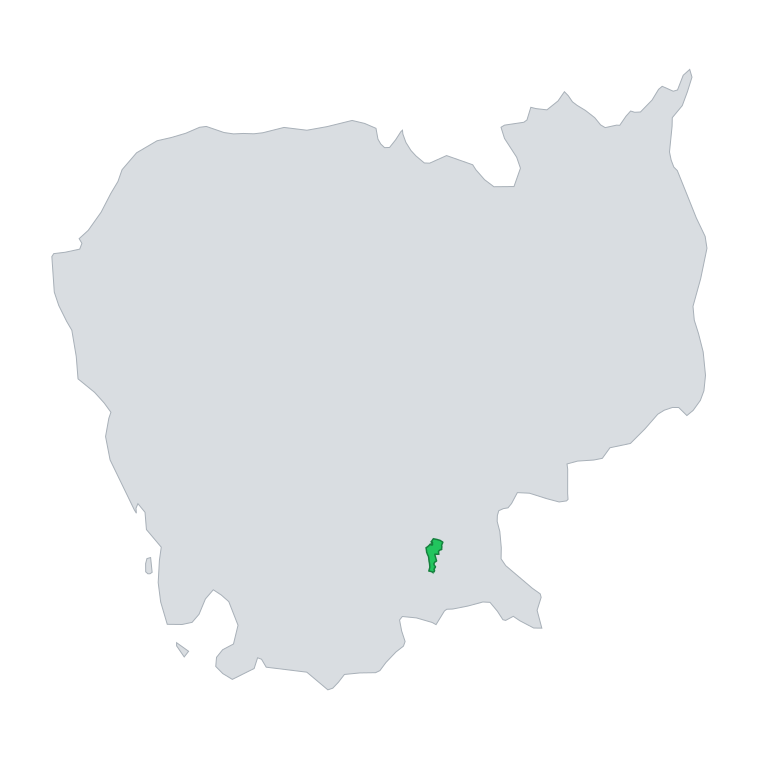 Peam Ro, Prey Vêng, Cambodia shown in context, rotated 358°
{"feature_id": "14789045B10752799877994", "entity_name": "Peam Ro", "entity_type": "district", "adm_level": 2, "iso_a3": "KHM", "parent_name": "Cambodia", "parent_adm1": "Prey Vêng", "projection": "robinson", "projection_center": [105.314, 11.334], "detail": "fine", "context": "in_parent", "style": "filled", "palette": "green", "viewbox_px": 768, "rotation_deg": 358, "n_neighbors": 0, "source": "geoboundaries", "source_scale": "gbopen_adm2", "svg_char_len": 5782}
<svg xmlns="http://www.w3.org/2000/svg" viewBox="0 0 768 768"><g transform="rotate(358 384 384)"><path d="M700.5,80.3L702.5,88.1L697.3,102.8L691.8,116.2L681.4,127.9L680.9,136.5L677.4,162.1L678.8,170.3L681.2,177.3L684.6,181.0L693.7,206.1L701.9,228.9L710.1,247.7L711.5,259.6L704.2,289.6L695.5,317.2L696.3,331.0L700.1,344.7L704.1,363.1L705.6,386.6L703.5,401.9L699.6,411.4L692.1,421.1L685.6,426.1L677.7,417.8L671.4,417.5L663.1,420.0L656.5,423.8L643.1,438.1L628.2,452.0L607.6,455.6L599.6,465.9L591.0,467.3L574.7,467.8L564.1,470.3L564.6,475.5L563.7,500.0L563.9,505.7L562.3,507.2L554.9,508.0L542.4,504.2L525.5,498.2L513.5,497.2L507.3,507.9L503.6,512.1L499.0,512.7L494.3,514.6L492.7,519.4L492.3,525.3L494.6,535.5L495.5,551.8L494.9,562.8L499.3,569.8L525.1,593.3L532.8,599.2L533.6,602.7L529.1,615.5L533.2,633.5L525.1,633.1L511.6,625.4L505.1,620.7L497.3,624.5L494.6,623.7L489.3,614.9L482.3,605.9L475.2,605.3L460.2,608.8L444.8,611.3L438.9,611.3L436.5,612.9L427.6,626.3L423.8,624.0L408.3,618.9L394.2,617.0L391.3,620.4L393.0,631.4L396.1,642.1L394.3,646.6L386.5,652.3L376.2,662.4L369.9,670.3L365.5,672.2L349.9,671.9L334.3,672.9L328.1,680.4L322.2,686.2L317.2,687.7L296.8,669.3L256.4,662.9L252.0,654.8L248.1,653.2L244.3,663.8L222.1,673.9L212.8,667.8L206.0,660.4L207.1,651.3L213.5,643.9L224.5,638.6L229.7,620.0L221.3,596.1L214.0,589.2L206.2,583.7L198.0,592.6L191.1,607.7L183.9,615.5L173.8,617.3L159.0,616.6L153.2,594.0L151.4,574.6L153.4,552.4L155.7,539.3L141.5,521.2L140.7,503.9L133.9,495.0L131.8,499.5L132.0,504.5L130.0,500.9L107.6,450.3L103.9,426.8L107.8,408.7L110.1,402.7L103.6,393.1L94.5,382.3L78.4,368.2L77.4,345.8L73.9,319.4L69.1,310.5L61.7,294.2L57.7,280.7L56.5,245.1L58.5,242.2L70.0,241.2L84.6,238.6L87.0,232.9L84.4,228.1L93.8,220.1L107.3,202.4L117.7,183.9L125.2,172.3L129.7,160.7L144.8,144.3L165.7,133.0L179.8,130.3L194.6,126.5L208.7,121.0L215.4,120.4L232.9,127.1L242.4,128.8L252.3,128.7L262.6,129.4L271.6,128.7L293.0,124.1L315.8,127.7L336.1,124.8L361.3,119.5L373.7,122.9L384.9,128.2L386.5,139.1L389.1,144.0L392.8,147.8L397.8,147.8L404.2,140.3L409.6,132.5L411.3,131.0L411.6,134.9L414.3,143.3L419.1,151.6L423.9,157.2L432.0,164.5L437.3,164.9L454.5,157.9L480.3,168.0L483.3,173.1L491.6,183.3L500.7,190.7L520.8,191.2L527.9,173.1L524.5,162.0L513.0,142.8L509.9,131.5L513.5,129.5L532.9,127.3L536.1,125.1L540.4,112.6L545.6,114.1L556.4,115.7L567.8,107.2L574.5,98.2L578.2,102.3L582.2,108.6L586.6,112.2L594.8,117.6L603.9,125.2L609.5,132.6L614.0,135.5L625.5,133.4L628.6,133.7L635.3,124.7L640.0,119.8L644.0,121.2L649.8,121.1L661.8,109.6L668.7,99.1L672.4,96.2L683.3,101.5L687.6,100.4L693.8,85.9L700.5,80.3ZM145.7,564.1L143.5,565.5L141.4,565.4L139.3,563.4L139.5,555.2L141.0,550.2L144.7,549.3L145.7,564.1ZM179.4,644.3L174.8,649.8L167.6,638.5L167.7,635.3L179.4,644.3Z" fill="#d9dde1" stroke="#a8b0b8" stroke-width="1"/><path d="M422.7,561.1L422.8,561.3L422.8,561.8L422.8,562.1L422.9,562.6L422.9,563.1L423.0,563.5L423.1,564.0L423.2,564.5L423.2,565.0L423.3,565.6L423.3,566.3L423.3,566.6L423.4,567.3L423.4,567.6L423.4,568.0L423.4,568.4L423.4,568.6L423.4,568.8L423.3,569.2L423.3,569.4L423.2,569.5L423.1,569.8L423.0,570.1L422.9,570.6L422.7,571.0L422.6,571.5L422.5,571.8L422.4,572.1L422.3,572.4L422.5,572.5L423.2,572.7L423.7,572.8L424.1,572.9L424.5,573.1L424.9,573.2L425.3,573.4L425.5,573.5L425.9,573.7L426.1,573.9L426.1,573.7L426.7,573.5L427.2,573.5L427.5,573.4L427.6,573.2L427.8,572.8L427.9,572.6L428.0,572.4L427.9,572.2L427.9,571.9L427.8,571.7L427.6,571.4L427.5,571.1L427.6,570.9L427.8,570.7L428.0,570.4L427.9,570.1L428.0,569.8L428.1,569.6L428.4,569.5L428.8,569.2L428.9,568.8L428.9,568.7L429.0,568.6L429.0,568.4L429.0,568.2L428.8,568.0L428.5,567.7L428.2,567.2L427.9,566.8L427.8,566.4L427.6,565.8L427.6,565.6L427.6,565.3L427.8,565.0L428.1,564.5L428.3,564.2L428.5,564.1L428.6,563.9L428.8,563.5L429.0,563.4L429.4,563.2L429.9,563.1L430.3,562.7L430.3,562.1L430.1,561.5L430.0,561.2L429.8,560.4L429.7,559.8L429.5,559.1L429.3,558.3L429.2,557.7L429.0,557.1L428.9,556.7L428.9,556.1L429.0,555.9L429.3,555.9L429.6,555.9L429.9,555.9L430.4,555.9L430.9,556.0L431.5,556.0L432.1,556.0L432.5,556.0L432.8,556.0L432.8,555.9L432.8,555.6L432.8,555.1L432.7,554.7L432.7,554.2L432.7,553.9L432.7,553.6L432.6,553.4L432.8,553.2L433.0,552.8L433.3,552.5L433.7,552.2L434.2,551.9L434.3,551.8L434.7,551.6L435.2,551.6L435.6,551.5L435.9,551.2L436.0,551.0L435.9,550.7L435.8,550.4L435.7,550.1L435.9,549.8L436.0,549.5L436.1,549.0L436.1,548.6L436.1,548.4L436.0,548.1L435.9,547.9L435.9,547.7L436.0,547.2L436.3,546.4L436.5,545.8L436.8,545.2L437.1,544.8L437.2,544.4L437.2,544.1L436.9,543.9L436.6,543.6L436.0,543.3L435.6,543.0L435.2,542.6L434.7,542.3L434.4,542.2L433.9,542.0L433.1,541.8L432.3,541.5L431.5,541.2L431.2,541.1L430.9,541.1L430.5,541.1L430.1,540.9L429.4,540.7L429.0,540.6L428.8,540.6L428.6,540.7L428.4,540.7L428.2,540.6L428.0,540.4L427.8,540.5L427.6,540.9L427.2,541.3L427.0,541.6L426.8,541.9L426.7,542.1L426.4,542.4L426.0,542.9L425.6,543.2L425.6,543.4L425.8,543.5L426.0,543.8L426.3,543.8L426.6,543.7L426.7,543.9L426.8,544.2L427.0,544.5L426.9,544.8L426.7,545.0L426.3,545.2L426.4,545.5L426.5,545.7L426.7,546.0L426.9,546.2L426.9,546.4L426.8,546.5L426.7,546.5L426.3,546.5L426.0,546.6L425.8,546.6L425.5,546.6L425.4,546.4L425.2,545.8L425.0,545.5L424.9,545.3L424.8,545.1L424.8,545.3L424.6,545.6L424.3,545.9L424.1,546.2L423.9,546.4L423.7,546.6L423.4,546.9L423.0,547.3L422.6,547.6L422.2,547.9L421.9,548.2L421.4,548.5L421.1,548.7L420.8,548.8L420.4,549.0L420.3,549.3L420.4,549.8L420.5,550.1L420.5,550.5L420.5,550.8L420.6,551.3L420.6,551.9L420.7,552.3L420.7,552.8L420.7,553.3L420.8,553.8L421.0,554.3L421.2,554.8L421.3,555.2L421.5,555.8L421.7,556.3L421.9,556.7L422.1,557.0L422.2,557.3L422.3,557.6L422.4,558.0L422.5,558.5L422.6,559.0L422.6,559.4L422.7,559.8L422.7,560.4L422.7,560.9L422.7,561.1Z" fill="#22c55e" stroke="#15803d" stroke-width="1.5"/></g></svg>